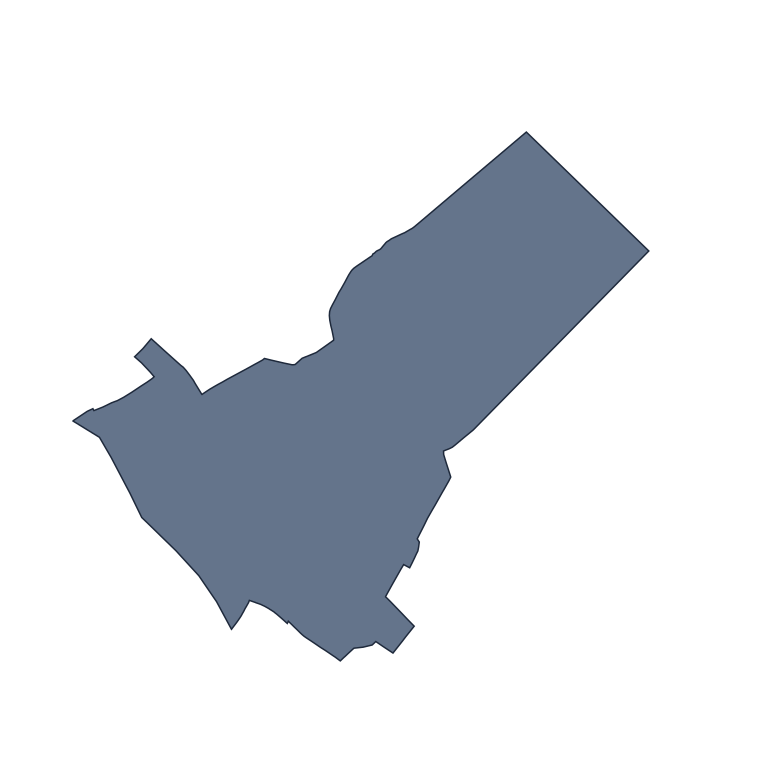 outline of Al Tibbin, Al Qahirah, Egypt, rotated 315°
{"feature_id": "37247803B18410334160069", "entity_name": "Al Tibbin", "entity_type": "district", "adm_level": 2, "iso_a3": "EGY", "parent_name": "Egypt", "parent_adm1": "Al Qahirah", "projection": "robinson", "projection_center": [31.32, 29.779], "detail": "fine", "context": "isolated", "style": "filled", "palette": "slate", "viewbox_px": 768, "rotation_deg": 315, "n_neighbors": 0, "source": "geoboundaries", "source_scale": "gbopen_adm2", "svg_char_len": 3303}
<svg xmlns="http://www.w3.org/2000/svg" viewBox="0 0 768 768"><g transform="rotate(315 384 384)"><path d="M468.2,284.2L466.1,284.9L464.0,284.4L457.2,283.1L448.4,281.4L444.5,280.8L441.9,280.8L441.2,280.9L440.4,281.0L436.7,281.8L433.3,282.8L428.1,284.4L420.9,286.4L417.1,287.3L408.8,290.0L403.7,291.5L399.7,292.8L396.7,294.4L393.7,297.0L390.8,300.5L387.5,305.4L384.9,309.7L380.5,316.3L379.9,316.9L379.3,317.4L358.6,313.9L358.0,313.7L357.5,313.5L344.3,307.9L335.0,307.4L334.5,307.0L334.0,306.7L332.6,305.4L328.2,298.7L323.7,291.5L320.9,287.0L317.5,281.4L315.2,281.2L309.9,279.7L306.6,278.7L300.6,277.0L292.2,274.5L287.2,273.0L282.5,271.6L276.5,269.8L271.2,268.4L266.6,267.0L260.7,265.4L260.1,265.3L259.5,265.1L257.2,264.5L253.3,263.7L251.2,263.3L249.2,262.9L247.9,262.7L247.9,262.3L249.1,257.3L250.9,249.8L251.8,246.7L252.8,240.5L253.3,236.9L253.6,234.7L253.9,230.1L253.5,227.3L253.1,220.2L252.3,205.6L251.4,187.4L238.4,188.5L226.9,188.4L227.5,197.6L227.1,210.3L226.7,215.2L226.6,215.8L226.6,216.3L224.7,216.3L222.5,216.0L217.9,215.2L211.0,213.7L199.9,211.5L190.5,209.3L186.9,208.2L184.9,207.6L184.3,207.4L183.6,207.2L181.3,206.1L179.5,205.3L178.8,205.0L178.2,204.7L168.9,201.5L160.1,197.7L160.7,195.6L160.0,195.4L159.3,195.1L154.9,193.5L138.4,190.2L138.1,190.2L137.9,190.3L145.1,220.5L139.1,243.1L129.6,273.6L127.2,281.4L118.3,307.1L118.5,317.7L118.7,333.6L119.0,354.8L117.5,388.7L113.3,410.9L111.7,419.5L102.7,449.6L102.9,449.6L103.1,449.6L103.4,449.5L108.6,448.8L111.4,448.4L114.3,447.9L117.0,447.4L119.3,446.9L121.6,446.2L123.9,445.6L126.9,444.6L129.3,444.0L131.4,443.4L133.6,442.8L135.8,441.8L138.1,446.6L138.5,447.3L138.7,448.0L139.5,449.6L140.2,451.0L140.7,452.1L141.2,453.2L141.5,454.2L141.9,455.3L142.4,456.6L142.7,457.7L143.0,458.7L143.3,459.8L143.7,461.2L144.0,462.8L144.4,464.4L144.7,465.9L145.0,467.1L145.1,468.6L145.4,470.8L145.8,476.3L146.1,481.1L146.2,483.8L146.3,484.4L146.3,484.9L148.4,484.2L148.6,484.1L148.7,489.1L148.7,492.3L148.8,496.3L148.8,501.0L148.9,503.4L149.1,505.9L149.6,508.7L150.2,511.6L150.7,514.0L151.8,519.7L152.8,525.1L154.1,530.9L155.2,536.6L155.7,539.3L156.4,542.8L156.7,544.9L157.1,547.7L157.2,548.4L157.3,548.9L162.6,549.0L163.6,549.1L167.9,549.2L175.1,549.5L176.0,549.6L183.1,555.3L191.1,560.2L196.1,560.3L197.8,569.3L200.1,580.6L215.5,578.8L220.6,578.1L234.1,576.6L234.2,566.7L234.4,559.2L234.7,542.4L234.7,537.2L234.6,535.6L234.9,535.4L247.0,531.9L265.0,526.9L270.2,525.6L272.2,532.1L276.8,530.6L283.1,528.4L284.7,527.8L286.6,527.1L289.9,526.0L293.3,523.7L297.2,520.7L298.0,517.0L312.1,512.4L319.9,509.7L329.4,507.1L334.1,505.9L348.4,501.9L352.6,500.8L361.6,498.3L365.4,497.0L370.0,488.1L372.2,483.8L376.3,476.1L378.7,473.5L380.5,474.2L384.3,475.9L387.6,477.0L390.8,477.4L401.4,478.3L414.6,479.6L665.3,477.2L662.8,306.5L573.3,299.0L566.1,298.4L516.8,294.3L515.4,294.1L514.7,294.0L514.1,293.9L512.6,293.5L512.1,293.3L511.7,293.2L510.1,292.8L508.2,292.3L508.0,292.2L507.9,292.2L505.5,291.6L505.2,291.5L505.1,291.4L502.3,290.3L495.4,287.8L491.9,286.5L491.3,286.4L490.7,286.3L489.3,286.1L486.9,285.5L485.4,285.4L484.8,285.4L484.3,285.5L481.7,285.7L479.4,285.9L479.3,286.0L479.1,286.0L476.9,286.1L476.2,285.9L475.4,285.7L474.9,285.5L474.1,285.2L473.0,284.9L472.9,284.8L472.2,284.7L469.8,284.7L468.2,284.2Z" fill="#64748b" stroke="#1e293b" stroke-width="1.5"/></g></svg>